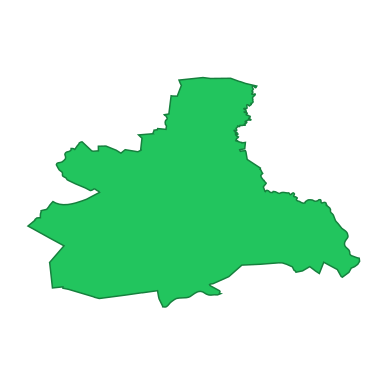 Jelgava, Jelgava, Latvia (Robinson projection), rotated 178°
{"feature_id": "27541924B72876713406332", "entity_name": "Jelgava", "entity_type": "district", "adm_level": 2, "iso_a3": "LVA", "parent_name": "Latvia", "parent_adm1": "Jelgava", "projection": "robinson", "projection_center": [23.697, 56.644], "detail": "fine", "context": "isolated", "style": "filled", "palette": "green", "viewbox_px": 384, "rotation_deg": 178, "n_neighbors": 0, "source": "geoboundaries", "source_scale": "gbopen_adm2", "svg_char_len": 5952}
<svg xmlns="http://www.w3.org/2000/svg" viewBox="0 0 384 384"><g transform="rotate(178 192 192)"><path d="M225.3,78.3L223.0,78.0L222.1,78.1L221.4,78.4L220.2,79.3L217.5,82.2L215.8,83.5L213.7,84.9L211.8,85.9L210.8,86.2L208.3,86.5L201.2,86.6L199.0,87.0L197.5,87.6L192.7,90.7L190.0,92.0L189.1,92.2L187.1,92.4L185.0,91.9L184.0,91.3L181.3,89.5L179.1,88.6L178.0,88.4L176.6,88.3L173.4,88.5L170.1,88.3L166.9,89.4L168.1,89.8L168.0,90.3L167.5,91.5L167.9,92.3L176.7,97.5L177.5,98.2L177.7,98.9L176.6,99.4L174.3,99.6L158.2,106.1L144.7,117.2L126.5,117.4L107.7,118.2L104.2,118.0L99.8,116.4L94.3,113.7L92.8,110.3L91.5,109.4L90.9,108.2L84.3,109.3L76.9,113.3L71.3,108.7L67.6,106.1L63.2,116.2L62.8,117.2L49.4,109.4L49.0,108.5L45.9,102.4L44.7,101.6L38.0,106.2L35.5,110.4L32.1,111.7L28.9,113.9L26.9,116.9L27.2,120.0L29.2,120.5L35.1,122.9L36.2,124.0L36.5,125.1L36.5,126.6L37.1,128.3L38.3,129.7L39.8,131.1L40.7,132.2L41.2,133.2L41.4,134.5L41.3,135.7L40.9,137.0L40.1,138.3L38.1,140.9L37.7,141.8L37.7,142.9L38.2,145.2L38.7,146.2L39.9,147.6L43.6,150.5L46.9,155.0L49.1,157.6L49.7,158.6L51.2,163.0L51.6,164.1L52.6,165.4L53.8,166.5L54.1,167.0L54.3,168.0L54.2,169.7L55.0,171.3L57.1,173.2L57.6,173.6L57.7,174.1L58.2,174.0L58.3,175.0L58.4,176.2L59.5,177.0L60.4,177.0L62.0,176.6L62.6,176.5L63.0,176.7L63.3,177.0L63.5,179.3L64.0,179.8L64.5,179.9L65.5,179.8L66.5,179.0L67.0,178.8L68.3,178.5L69.2,178.5L69.8,178.6L72.0,179.8L74.2,180.1L75.7,180.1L77.0,179.7L78.0,178.9L78.8,178.6L79.3,177.9L79.3,177.3L81.1,176.9L81.5,177.0L83.6,177.9L84.8,178.8L86.7,179.4L87.7,180.1L87.9,180.4L87.9,181.0L87.5,181.7L87.1,182.1L87.1,182.5L87.3,182.7L88.7,183.6L89.9,183.6L90.4,184.0L90.5,184.6L89.9,185.6L89.7,186.5L90.4,187.4L91.0,187.6L91.4,187.4L92.3,186.9L92.7,186.3L93.7,185.9L94.0,186.0L94.8,187.3L95.2,187.6L95.8,187.8L96.8,187.7L100.4,188.4L102.0,188.4L103.0,188.2L104.0,187.7L104.7,187.5L105.8,187.8L108.6,189.3L110.6,189.7L110.9,189.7L111.4,188.8L111.6,188.7L113.6,188.8L115.7,190.6L116.8,191.0L117.5,191.0L117.9,190.7L118.7,189.8L119.0,190.0L120.5,194.5L120.4,194.8L117.6,198.0L117.7,198.5L118.7,199.5L119.7,201.1L120.0,201.0L122.3,204.4L122.7,206.1L120.7,208.2L121.3,208.8L121.3,209.0L122.2,211.0L122.9,212.4L123.1,212.4L122.8,213.5L135.7,222.6L136.7,230.2L137.2,231.4L140.3,231.3L142.2,230.9L142.7,231.9L142.9,232.6L142.4,232.7L137.8,233.3L136.9,239.7L140.4,239.3L140.6,239.8L141.6,239.9L144.8,241.1L144.3,241.2L144.8,241.7L146.2,242.2L145.9,242.5L146.0,243.1L145.6,243.6L144.8,244.4L144.1,244.7L143.7,245.4L145.1,246.1L146.1,247.2L146.3,247.5L145.9,247.6L144.4,247.7L144.1,248.2L144.2,248.5L146.1,248.5L146.3,248.6L146.5,248.9L146.3,249.2L145.3,249.3L145.0,249.7L145.3,249.9L146.7,250.2L147.0,251.2L147.7,251.6L147.7,251.9L147.7,252.1L147.0,252.2L146.6,251.7L146.2,251.5L145.3,251.8L145.1,252.2L145.3,253.0L145.8,253.9L145.3,254.6L144.8,254.9L144.3,255.5L144.0,256.4L143.7,256.3L143.0,255.7L142.7,255.7L142.1,255.8L142.1,256.3L141.8,256.9L139.7,256.7L138.7,256.9L136.6,256.9L136.6,257.1L137.3,258.0L137.2,258.2L136.4,258.1L136.1,258.3L136.0,258.6L135.4,259.0L134.8,259.7L134.9,260.0L136.4,260.2L136.4,260.6L136.2,260.8L133.5,262.0L130.9,261.8L130.6,262.1L131.0,262.6L132.4,263.1L132.8,263.3L132.8,263.7L131.7,264.2L131.5,264.6L131.3,265.0L131.5,265.1L131.3,265.4L131.4,265.7L132.2,265.9L132.9,266.5L134.0,266.7L135.1,267.3L134.9,267.7L134.1,268.4L134.2,269.0L134.5,269.3L136.6,269.7L137.0,270.1L136.8,270.2L136.5,270.2L135.9,270.0L135.3,270.0L135.0,270.5L135.0,270.8L135.4,272.0L136.0,272.4L136.8,272.7L137.0,273.0L137.2,273.5L136.7,273.8L135.2,273.5L134.7,273.5L134.2,273.8L134.0,274.0L134.3,276.7L133.9,277.3L133.1,277.2L131.7,276.0L129.7,277.4L129.6,277.9L129.9,278.5L128.8,278.8L128.0,279.5L127.9,279.8L127.8,280.6L128.0,280.8L128.2,281.3L128.1,282.1L127.9,282.4L128.2,283.3L128.2,284.1L128.0,284.5L127.1,285.5L126.0,286.3L125.4,287.2L125.6,287.8L128.2,287.4L128.8,287.7L128.9,288.0L127.7,289.5L127.7,290.0L128.4,290.5L128.5,290.7L128.5,291.0L127.5,292.0L127.2,292.8L127.9,293.8L127.7,293.7L128.0,294.4L128.0,295.0L128.0,295.4L127.6,295.7L127.1,295.8L126.6,295.8L126.0,294.9L125.2,294.1L124.9,294.0L124.6,294.1L124.2,294.5L124.2,295.0L123.8,295.3L123.6,295.6L134.7,298.6L139.6,300.5L141.1,300.9L149.4,304.3L169.6,304.8L177.0,306.0L201.1,304.3L199.9,301.0L198.9,298.9L203.4,288.3L208.1,288.6L209.5,288.9L212.4,270.8L213.9,270.6L214.0,270.4L214.6,270.5L217.0,270.2L216.6,269.6L215.7,269.2L215.4,268.9L214.2,266.6L214.3,265.9L215.0,265.1L215.8,264.5L216.2,263.5L216.4,262.4L216.2,260.4L215.3,259.2L215.2,258.6L215.4,258.0L215.8,255.5L224.1,256.6L224.4,255.5L227.8,255.1L227.8,254.7L229.1,251.8L228.9,251.6L243.4,250.9L240.1,247.5L241.8,236.1L241.4,236.1L241.4,235.6L244.7,234.1L257.3,236.6L261.7,233.3L266.3,236.4L276.4,240.9L284.0,241.0L284.1,236.4L289.5,236.2L290.9,236.7L300.0,245.9L301.0,245.9L302.9,245.0L303.5,243.8L305.0,242.2L307.7,238.6L308.7,239.4L310.3,239.7L311.3,239.7L311.4,238.5L311.7,237.8L313.2,236.9L315.1,236.5L315.9,236.3L316.8,235.7L317.4,235.0L317.7,234.1L317.7,233.7L317.2,231.8L317.1,231.2L317.3,229.9L317.5,229.4L318.9,228.0L320.8,226.6L322.1,226.2L324.8,225.8L325.5,225.5L325.9,225.3L326.3,224.7L326.6,223.9L325.0,220.6L324.0,218.8L323.0,217.9L321.4,216.6L320.9,215.8L320.8,215.2L320.9,213.5L320.7,212.6L319.9,211.9L317.5,210.5L316.3,208.6L314.8,207.7L308.1,204.2L298.5,199.8L293.6,197.0L292.8,197.1L291.8,197.4L290.0,198.4L289.2,198.4L288.5,198.1L287.0,196.9L285.3,195.9L284.4,194.8L287.0,193.6L297.7,188.4L302.3,186.9L308.7,185.1L312.7,184.3L316.5,183.8L321.0,183.8L324.9,184.4L328.6,185.7L331.3,187.3L332.7,185.9L334.6,183.8L335.9,181.9L337.9,179.7L342.7,178.8L343.6,178.4L343.4,177.7L344.2,175.5L344.4,173.3L344.4,171.6L347.9,171.5L349.9,170.0L349.9,169.3L357.1,163.7L335.4,150.7L321.8,142.7L336.8,126.5L336.6,125.2L334.8,101.0L324.3,101.7L324.4,100.4L324.1,100.3L319.0,99.1L293.7,90.6L293.4,90.3L288.4,88.8L261.2,91.4L245.5,93.1L245.2,93.0L229.9,94.6L229.1,88.7L228.6,86.3L225.3,78.9L225.3,78.3Z" fill="#22c55e" stroke="#15803d" stroke-width="1.5"/></g></svg>